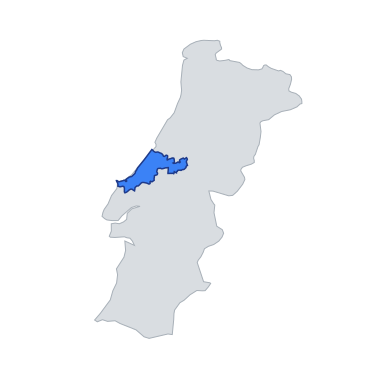 Portugal, with Leiria highlighted, rotated 17°
{"feature_id": "PRT-740", "entity_name": "Leiria", "entity_type": "District", "adm_level": 1, "iso_a3": "PRT", "parent_name": "Portugal", "parent_adm1": "", "projection": "robinson", "projection_center": [-8.666, 39.654], "detail": "fine", "context": "in_parent", "style": "filled", "palette": "blue", "viewbox_px": 384, "rotation_deg": 17, "n_neighbors": 0, "source": "natural_earth", "source_scale": "10m", "svg_char_len": 5005}
<svg xmlns="http://www.w3.org/2000/svg" viewBox="0 0 384 384"><g transform="rotate(17 192 192)"><path d="M147.3,51.1L151.9,47.1L156.4,44.5L158.8,43.5L169.2,40.8L171.9,39.5L174.5,39.7L174.9,41.0L176.4,43.5L178.0,45.3L178.5,46.6L174.5,52.0L174.0,53.8L176.1,57.3L176.4,58.3L177.4,58.8L180.2,58.6L185.2,56.4L188.6,54.5L189.8,55.3L199.6,54.2L201.9,55.1L203.5,56.0L208.3,57.3L213.5,57.5L220.0,55.7L222.9,53.8L223.4,51.8L223.5,50.3L224.4,49.3L225.8,48.8L228.2,49.8L231.5,50.6L239.4,50.9L241.0,49.8L243.7,50.1L247.2,51.5L251.3,51.1L253.4,52.8L254.3,55.1L254.6,60.1L254.3,65.1L255.2,67.0L257.9,67.5L262.4,67.4L266.5,68.8L269.6,71.2L270.7,73.6L271.2,75.3L269.6,76.3L267.5,79.9L262.0,84.6L254.2,88.8L248.3,94.1L244.2,100.4L239.0,103.1L237.4,104.5L236.8,106.2L240.3,114.0L241.4,119.9L242.3,127.2L241.8,129.3L241.6,137.4L240.8,139.7L241.0,141.6L242.3,143.7L242.9,145.6L240.5,148.1L236.2,151.0L233.0,153.6L232.2,156.0L232.4,157.5L237.9,162.6L238.9,164.6L238.2,169.7L235.1,178.0L232.1,183.0L231.6,183.5L228.2,184.9L211.8,185.0L207.8,186.1L208.4,187.1L212.3,193.6L216.3,197.0L217.6,197.8L219.1,205.4L225.7,217.5L232.0,219.2L234.3,222.2L233.9,226.4L232.0,231.1L228.1,235.9L223.5,239.2L220.5,242.6L220.3,246.5L219.4,251.4L217.9,255.3L217.6,257.9L229.3,274.4L235.7,273.6L236.6,274.0L235.4,277.9L233.4,282.5L231.0,283.4L225.4,284.8L220.2,290.8L216.0,297.9L212.8,301.4L209.9,309.9L210.3,313.6L211.8,319.3L214.8,334.1L210.5,334.8L193.8,344.5L188.5,344.5L178.8,340.2L161.7,338.8L156.1,337.6L149.1,340.4L143.7,340.3L139.4,343.8L136.3,342.9L139.8,334.9L145.4,319.1L145.2,309.5L146.5,301.1L145.0,292.8L142.2,287.6L146.0,274.2L145.6,267.3L142.1,258.5L152.6,259.9L149.4,256.4L146.2,254.3L143.1,254.8L140.5,254.6L131.6,258.0L127.1,259.1L125.8,258.5L126.3,253.0L124.1,246.0L127.6,244.2L131.8,243.6L135.3,240.6L137.5,237.3L136.3,231.3L139.4,225.7L146.5,220.9L142.8,221.6L138.6,224.6L131.9,235.4L129.7,240.9L124.0,242.7L118.8,243.6L116.2,243.0L113.1,241.6L112.8,237.6L113.1,234.3L115.2,227.9L116.1,218.9L119.1,210.8L118.9,208.6L118.1,205.4L120.8,202.2L124.1,200.2L129.2,193.2L136.2,176.6L144.3,159.1L143.7,157.0L142.0,155.3L142.6,150.6L147.5,130.1L149.5,127.4L151.8,121.4L152.3,111.7L153.2,105.0L153.0,101.7L152.3,97.7L149.2,90.0L145.9,73.7L145.7,68.2L148.4,65.5L144.0,65.1L142.0,61.6L142.5,57.6L147.3,51.1Z" fill="#d9dde1" stroke="#a8b0b8" stroke-width="1"/><path d="M119.4,208.1L119.1,206.7L118.5,205.5L116.8,203.8L116.4,203.2L116.9,203.0L119.1,203.6L122.7,201.4L123.6,200.6L124.6,200.5L125.3,201.2L125.8,201.3L126.3,200.8L126.0,200.0L125.2,199.3L126.0,198.1L127.1,196.8L127.5,196.2L128.4,195.6L129.8,194.8L130.5,193.6L131.0,192.7L132.0,191.0L132.1,190.0L132.0,188.8L132.6,187.2L132.9,185.0L136.8,175.3L141.2,163.1L141.5,163.2L142.7,163.8L143.2,164.1L143.8,164.4L145.4,164.7L145.9,164.6L146.5,164.2L147.7,163.7L150.2,164.0L151.1,164.0L152.1,164.3L152.7,164.6L153.6,165.3L154.0,165.9L154.1,166.0L154.5,166.1L155.0,166.1L155.3,166.0L155.4,165.9L156.2,164.7L156.5,164.4L156.8,164.3L157.2,164.3L157.5,164.3L157.8,164.4L158.2,164.7L158.5,166.1L158.5,166.6L158.5,167.6L158.6,168.0L158.8,168.3L159.0,168.6L159.4,168.3L160.3,167.2L161.6,166.5L163.2,165.2L164.1,165.3L164.2,165.0L164.7,165.0L165.0,165.3L165.7,166.6L166.1,167.7L166.4,168.5L166.3,169.0L166.0,169.4L165.6,169.6L165.4,169.8L165.7,169.9L166.1,170.0L168.1,169.2L169.8,167.4L170.3,167.3L171.1,167.7L171.5,167.6L171.8,167.3L171.9,166.8L171.7,166.5L171.1,166.0L171.0,165.8L170.9,165.3L170.8,165.0L171.6,163.9L173.7,162.1L175.1,162.7L176.6,160.8L177.2,161.2L177.5,161.4L177.8,161.9L178.0,162.2L177.7,163.9L177.8,164.9L179.9,168.0L179.3,168.4L179.1,168.7L178.9,169.3L179.0,169.6L179.1,169.8L179.0,170.6L178.0,172.4L177.6,172.8L177.1,173.1L176.7,173.2L176.2,173.4L175.8,173.9L175.4,174.4L175.1,174.6L174.6,174.5L172.5,175.2L172.2,175.4L172.0,175.8L172.0,176.1L172.0,176.5L171.7,176.7L171.3,177.2L171.3,177.5L171.5,178.2L169.5,178.0L169.1,177.8L169.1,178.1L169.2,178.6L169.3,179.7L169.1,179.9L168.2,179.7L167.1,180.2L166.5,180.3L164.5,181.0L163.6,181.3L163.5,181.0L163.4,180.7L163.3,180.2L163.0,178.8L162.9,178.1L162.2,175.6L161.4,175.9L160.8,176.3L160.3,176.3L159.7,176.6L157.3,178.2L156.4,178.6L155.8,178.7L154.9,178.5L152.7,179.4L152.4,179.8L152.2,180.4L152.2,180.8L152.3,181.9L152.3,182.6L152.4,183.0L152.8,183.4L153.2,183.7L153.6,184.1L153.7,185.1L153.6,185.6L153.2,186.0L152.8,186.3L152.4,186.5L151.3,187.3L151.7,189.2L151.8,190.3L152.4,191.9L152.1,192.3L150.8,193.9L150.4,194.0L149.9,194.0L149.6,193.8L149.2,193.8L149.0,194.1L148.9,194.5L149.0,194.9L149.3,195.6L149.4,195.8L149.3,196.0L149.2,196.5L148.5,197.0L146.2,196.7L143.0,197.0L141.5,197.5L140.9,198.1L139.3,201.2L138.9,201.8L138.5,202.1L137.5,202.3L136.4,204.0L136.2,204.7L136.5,205.8L136.7,207.7L135.3,207.4L134.4,207.0L133.7,206.9L133.1,207.0L132.8,207.1L132.3,207.4L131.2,208.6L130.1,210.5L129.1,211.6L128.1,212.4L127.3,211.7L126.2,208.0L125.8,207.4L125.4,206.9L125.1,206.7L124.8,206.8L124.2,206.7L123.8,206.9L121.7,208.1L119.8,208.1L119.4,208.1L119.4,208.1Z" fill="#3b82f6" stroke="#1e3a8a" stroke-width="1.5"/></g></svg>